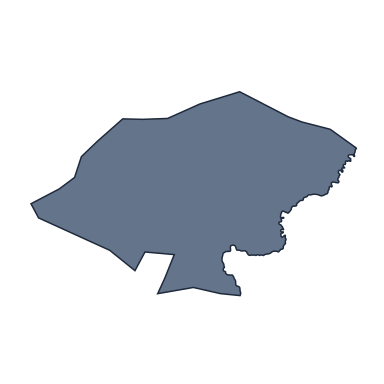 the district of Tes, Dzavhan, Mongolia, rotated 96°
{"feature_id": "93677404B51014704481804", "entity_name": "Tes", "entity_type": "district", "adm_level": 2, "iso_a3": "MNG", "parent_name": "Mongolia", "parent_adm1": "Dzavhan", "projection": "orthographic", "projection_center": [95.652, 49.605], "detail": "fine", "context": "isolated", "style": "filled", "palette": "slate", "viewbox_px": 384, "rotation_deg": 96, "n_neighbors": 0, "source": "geoboundaries", "source_scale": "gbopen_adm2", "svg_char_len": 5793}
<svg xmlns="http://www.w3.org/2000/svg" viewBox="0 0 384 384"><g transform="rotate(96 192 192)"><path d="M110.9,89.9L107.1,104.4L87.3,155.1L103.6,193.3L121.4,224.0L124.9,248.7L126.5,268.5L151.1,291.1L168.4,305.7L189.8,310.3L202.8,324.3L220.5,350.9L233.8,341.9L258.6,267.7L276.2,240.5L256.6,232.5L256.1,203.1L280.4,210.0L296.7,215.5L286.8,180.7L290.1,153.2L290.0,133.4L288.7,133.0L287.1,133.1L286.5,133.3L286.1,133.4L285.7,133.8L283.3,134.2L282.4,134.4L281.6,134.9L281.3,135.6L280.9,136.6L280.8,137.4L280.6,137.9L280.1,138.4L279.2,138.9L278.4,139.0L276.6,139.2L276.0,139.4L275.1,139.8L274.2,140.6L273.2,141.3L272.8,141.4L272.4,141.5L272.0,141.7L271.3,142.5L270.5,142.9L270.4,143.3L270.5,144.5L270.6,145.1L270.6,146.1L270.7,147.2L270.6,148.1L270.0,149.2L269.5,149.9L268.9,150.1L268.0,150.2L267.8,150.4L267.6,150.8L267.3,151.9L267.0,152.4L266.2,152.7L265.6,152.9L264.6,152.7L263.7,151.9L263.4,151.9L262.8,152.1L262.4,152.4L262.0,152.5L261.4,152.7L260.9,152.7L260.4,152.9L259.6,153.4L258.6,154.2L258.0,154.5L257.5,154.9L257.1,155.0L256.4,155.1L254.2,155.2L253.5,155.1L252.0,154.8L250.6,154.8L249.5,154.4L248.3,152.9L247.7,152.0L247.5,151.2L247.3,150.3L247.1,148.2L246.8,147.8L246.3,147.6L245.9,147.5L243.4,148.0L241.9,148.1L241.3,147.4L240.8,146.6L240.5,145.8L240.6,144.6L241.1,143.6L241.9,142.9L243.0,142.4L243.8,142.2L244.8,141.6L245.1,141.2L245.1,140.8L244.9,139.1L244.9,138.5L245.3,137.7L245.5,136.7L245.4,135.7L245.2,135.0L245.0,134.2L244.9,133.1L245.3,132.3L245.7,131.6L246.3,131.0L246.8,130.9L247.3,130.5L247.6,130.1L247.9,130.0L248.2,129.7L248.5,129.5L248.7,129.2L248.9,128.5L248.9,127.8L248.9,127.3L248.5,126.4L248.4,125.8L248.4,124.4L248.2,123.9L248.1,123.3L248.3,122.7L248.4,122.1L248.4,121.8L248.2,121.4L247.8,120.9L247.6,120.4L247.6,119.8L247.6,119.2L247.8,118.8L248.0,118.4L248.0,118.1L247.6,117.6L247.4,116.7L247.3,116.1L247.5,115.3L247.6,114.7L247.7,114.3L247.6,114.0L247.0,113.6L246.7,113.2L246.4,112.7L245.9,111.2L245.8,110.5L245.7,109.7L245.4,109.1L244.9,108.1L244.5,107.5L243.3,106.3L242.8,105.6L242.5,104.8L242.3,104.1L242.1,103.1L242.2,101.2L242.5,100.0L242.5,99.7L242.1,99.3L240.3,98.1L239.8,97.8L239.6,97.5L239.6,96.7L238.8,95.5L238.5,95.4L236.8,95.5L236.1,95.3L235.6,95.2L235.1,94.9L233.9,93.9L233.3,93.7L232.9,93.7L232.5,93.8L232.2,94.0L231.2,94.1L230.7,94.0L229.8,93.5L229.0,93.6L228.6,93.8L228.3,94.1L227.8,94.5L226.6,94.6L225.6,94.6L225.3,94.8L225.4,95.2L225.7,95.6L226.0,95.9L226.8,96.6L227.2,97.1L227.3,97.3L227.4,97.6L227.3,98.0L227.1,98.4L226.6,98.8L225.7,99.1L224.5,99.2L224.1,99.0L223.5,98.3L223.3,97.7L223.2,97.4L222.9,97.1L222.7,97.0L222.3,97.0L222.2,97.1L222.2,97.3L222.3,98.9L222.1,99.3L221.8,99.5L221.4,99.7L220.7,99.7L220.3,99.5L220.0,99.1L219.8,98.7L219.8,98.3L219.9,97.8L219.9,97.1L219.7,97.0L219.4,97.1L217.5,98.4L217.1,98.5L216.9,98.7L216.7,99.0L216.2,99.5L215.8,99.7L215.5,100.2L215.2,100.8L214.9,101.8L214.5,102.2L213.5,102.4L213.1,102.3L212.9,101.8L212.5,101.2L212.1,100.0L211.2,99.8L210.5,100.2L210.0,100.6L209.7,100.6L209.3,100.5L209.0,100.2L208.6,98.8L208.5,98.3L208.4,98.1L208.2,98.0L207.8,98.3L207.7,98.5L207.8,98.9L208.0,99.5L208.2,99.8L208.3,100.3L208.3,100.6L208.1,101.0L207.7,101.4L207.1,101.4L206.4,101.3L205.0,101.5L204.5,101.3L203.9,101.0L203.5,100.8L203.0,100.8L202.2,100.6L201.8,100.2L201.5,99.4L201.5,98.8L202.0,97.8L202.2,97.3L202.4,96.6L202.4,95.8L202.5,95.7L202.8,95.4L202.9,95.1L202.9,94.3L202.8,94.0L202.3,93.6L200.3,92.2L198.9,91.5L198.0,91.5L197.3,91.4L196.8,91.1L196.0,90.7L195.7,90.3L195.4,89.6L195.4,88.9L195.3,88.2L194.9,87.0L194.7,86.8L194.3,86.5L194.0,86.5L193.5,86.7L193.2,86.7L192.8,86.6L192.4,86.4L191.8,85.9L191.5,85.4L191.2,85.2L190.4,84.6L189.8,84.2L189.3,83.5L189.1,82.9L188.8,81.5L188.6,81.0L188.4,80.7L188.0,80.5L187.4,80.6L186.7,80.5L186.4,80.4L185.9,80.0L185.5,79.3L184.9,77.8L184.7,77.3L184.3,77.0L184.1,76.8L183.2,76.4L182.9,76.1L182.7,75.7L182.5,75.0L182.5,73.7L181.7,71.6L181.5,71.1L181.4,70.1L181.4,67.0L181.5,66.4L181.8,65.5L182.0,64.5L182.3,63.3L182.3,62.7L182.1,62.1L181.4,60.5L181.0,59.9L180.4,59.2L179.8,57.9L179.6,57.4L179.2,57.2L178.7,57.1L178.3,56.8L178.0,56.7L176.8,56.8L176.3,56.7L175.4,56.1L175.1,56.0L174.4,56.0L173.2,56.1L172.8,56.0L172.5,55.9L172.2,55.6L172.1,55.3L172.0,54.9L172.1,54.5L172.3,54.1L172.3,53.8L172.2,53.5L172.0,53.4L171.8,53.3L171.2,53.4L170.2,54.0L169.5,54.2L169.0,54.3L168.3,54.3L168.1,54.1L167.8,53.7L167.5,53.2L167.4,52.6L167.3,51.9L167.4,51.0L167.6,49.9L167.6,48.3L167.6,48.0L167.5,47.5L167.2,47.2L166.9,47.1L166.6,47.0L166.0,47.1L165.7,47.3L165.1,47.9L164.8,48.2L164.2,48.3L163.6,48.4L162.9,48.1L162.5,47.8L162.2,47.5L161.9,47.5L161.2,47.5L160.7,47.4L160.0,47.1L159.6,46.7L159.3,46.7L159.0,46.9L158.0,47.9L157.6,48.2L157.2,48.5L156.7,48.5L156.2,48.5L155.8,48.4L155.4,48.1L155.1,47.8L155.0,47.4L155.0,47.0L154.9,46.6L155.1,46.2L156.3,45.3L156.5,44.8L156.5,44.5L156.2,44.2L155.4,44.1L155.1,44.2L154.5,44.4L153.8,45.3L153.4,45.5L153.1,45.5L152.7,45.4L152.5,45.1L152.3,44.7L152.3,44.1L152.3,43.3L152.2,43.1L152.0,42.8L151.8,42.8L151.7,42.9L150.9,44.1L150.6,44.3L150.3,44.4L149.5,44.4L149.2,44.3L148.9,44.0L148.6,42.7L148.4,42.5L147.8,42.3L147.2,42.3L146.5,42.5L146.0,42.5L145.7,42.5L145.4,42.4L145.1,42.1L145.0,41.8L145.0,41.1L145.2,40.5L145.1,40.3L144.8,40.0L144.7,39.8L144.6,39.5L144.6,39.2L144.8,38.6L144.9,38.2L144.9,37.9L144.8,37.5L144.7,37.4L144.4,37.3L143.8,37.8L143.6,37.8L143.4,37.8L143.0,37.6L142.5,37.6L142.3,37.7L142.1,37.9L142.0,38.2L141.5,39.2L141.2,39.7L140.9,40.1L140.6,40.3L140.3,40.4L139.8,40.4L139.5,40.3L139.2,40.1L138.8,39.8L138.6,39.2L138.3,37.5L138.1,36.5L138.2,36.2L138.3,36.0L138.6,35.7L139.0,35.3L139.7,34.6L139.7,34.4L139.5,34.1L138.9,34.1L138.2,34.4L137.6,34.8L137.2,34.9L136.5,34.6L135.9,34.2L135.5,34.1L132.9,33.9L132.2,33.6L131.9,33.4L131.7,33.1L131.0,33.4L115.2,61.1L110.9,89.9Z" fill="#64748b" stroke="#1e293b" stroke-width="1.5"/></g></svg>